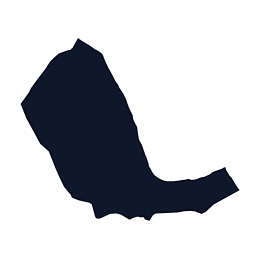 Armant, Qina, Egypt (orthographic projection), rotated 264°
{"feature_id": "37247803B28192113145833", "entity_name": "Armant", "entity_type": "district", "adm_level": 2, "iso_a3": "EGY", "parent_name": "Egypt", "parent_adm1": "Qina", "projection": "orthographic", "projection_center": [32.504, 25.612], "detail": "fine", "context": "isolated", "style": "filled", "palette": "ink", "viewbox_px": 256, "rotation_deg": 264, "n_neighbors": 0, "source": "geoboundaries", "source_scale": "gbopen_adm2", "svg_char_len": 2041}
<svg xmlns="http://www.w3.org/2000/svg" viewBox="0 0 256 256"><g transform="rotate(264 128 128)"><path d="M221.6,87.8L212.8,81.7L212.3,81.2L212.3,80.6L211.1,79.5L210.9,77.7L210.8,75.9L208.5,67.1L205.3,62.5L201.5,57.9L194.6,52.3L184.6,42.8L177.1,36.1L173.4,33.9L163.0,24.6L160.0,25.4L148.9,28.5L142.9,31.0L121.7,39.8L118.9,42.4L113.3,47.5L96.4,52.2L89.4,54.4L83.0,56.6L76.6,58.9L75.2,59.8L69.7,63.5L68.0,64.8L65.1,65.6L61.9,71.8L60.4,76.1L58.4,82.2L56.2,84.7L55.5,84.8L54.7,84.9L48.9,85.9L43.8,86.7L42.1,87.4L41.6,89.8L42.4,92.8L45.2,101.0L45.0,107.6L43.5,111.9L37.5,120.0L38.9,124.2L39.7,128.3L38.7,130.8L38.3,135.0L36.0,135.7L34.4,139.4L39.4,143.3L40.8,146.2L40.5,152.0L39.9,162.4L39.6,167.8L39.8,171.4L40.1,175.3L39.8,181.6L38.8,186.1L35.7,192.1L37.1,196.2L38.2,197.6L43.6,204.7L54.9,231.4L55.8,230.6L67.7,224.9L69.3,223.5L75.8,220.4L78.1,220.1L78.0,219.6L77.2,217.9L76.5,215.9L76.2,214.3L75.9,212.8L75.4,210.5L74.5,207.7L72.7,205.0L71.7,201.9L70.7,198.9L70.6,197.1L70.3,194.5L69.5,192.1L69.1,189.9L68.9,188.9L69.0,186.1L69.1,185.1L69.6,184.1L70.3,182.8L69.9,179.5L69.8,175.9L69.6,172.9L69.6,172.5L69.5,167.6L69.9,163.9L70.1,161.9L70.9,158.8L71.4,157.7L71.6,157.2L72.2,156.0L73.7,153.6L75.2,151.7L77.4,149.2L79.0,148.1L81.3,146.8L83.3,146.1L85.8,144.9L87.6,144.1L90.4,143.9L94.2,143.1L96.8,142.5L98.9,141.8L100.1,141.5L101.4,141.2L109.9,139.2L110.0,139.1L112.3,138.1L115.5,136.9L120.5,136.6L123.9,136.5L128.0,136.4L131.2,135.0L135.2,133.5L140.4,133.1L142.7,132.2L143.4,131.9L145.2,131.3L148.0,130.3L150.3,129.8L152.5,129.2L153.3,129.0L155.4,128.6L156.5,128.3L157.2,128.1L158.6,127.6L159.7,127.2L161.6,126.5L163.1,125.8L164.7,125.0L165.8,124.4L166.6,123.9L167.5,123.5L168.3,123.0L169.5,122.6L170.9,122.2L172.1,121.8L174.3,120.3L174.9,120.0L176.5,119.4L179.1,118.4L180.1,118.0L182.3,117.1L185.0,116.1L187.6,114.9L188.5,114.5L190.0,113.9L193.1,112.8L197.0,111.5L200.4,110.5L202.2,110.2L204.2,109.2L207.0,106.3L208.8,103.4L210.6,101.2L213.6,97.9L216.9,93.4L219.6,89.9L221.6,87.8Z" fill="#0f172a" stroke="#020617" stroke-width="1.5"/></g></svg>